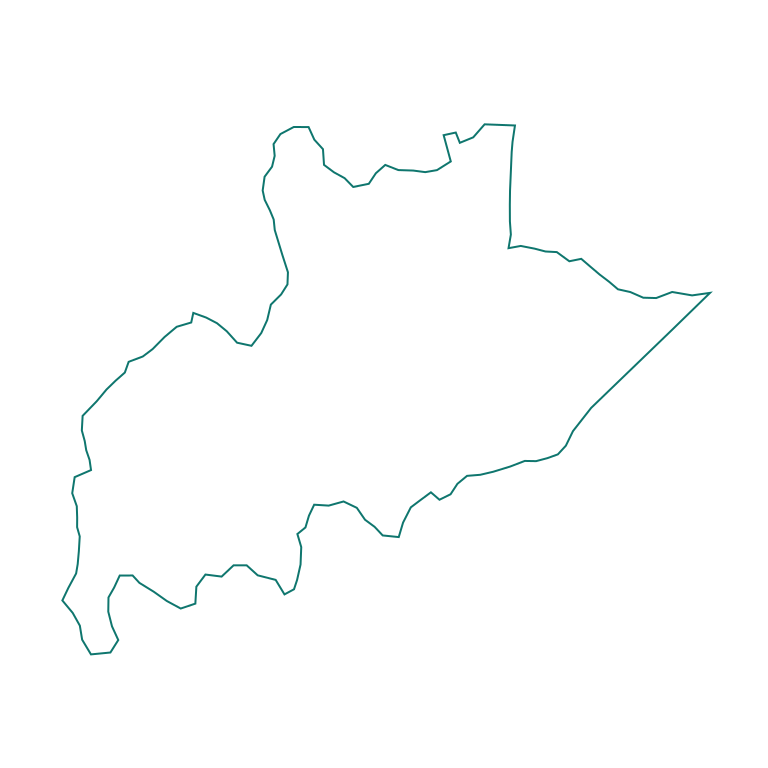 the district of Tanguá, Rio de Janeiro, Brazil, rotated 88°
{"feature_id": "56859067B54555511090464", "entity_name": "Tanguá", "entity_type": "district", "adm_level": 2, "iso_a3": "BRA", "parent_name": "Brazil", "parent_adm1": "Rio de Janeiro", "projection": "robinson", "projection_center": [-42.724, -22.773], "detail": "fine", "context": "isolated", "style": "outline", "palette": "teal", "viewbox_px": 768, "rotation_deg": 88, "n_neighbors": 0, "source": "geoboundaries", "source_scale": "gbopen_adm2", "svg_char_len": 2033}
<svg xmlns="http://www.w3.org/2000/svg" viewBox="0 0 768 768"><g transform="rotate(88 384 384)"><path d="M352.9,638.4L363.5,642.6L371.3,652.1L379.8,661.5L391.2,671.7L405.3,686.3L419.9,687.6L430.5,685.1L439.8,683.9L449.6,680.9L459.8,679.8L466.3,696.4L482.3,699.4L495.4,695.3L506.8,695.3L516.4,695.7L525.7,693.4L540.5,694.8L553.3,696.4L562.6,698.3L576.8,706.6L589.1,713.0L601.9,703.1L614.9,696.4L629.0,694.6L644.0,686.3L642.8,666.8L630.6,658.5L616.7,664.3L601.9,667.5L587.7,666.8L578.0,660.8L566.2,654.8L566.6,641.9L574.2,635.4L583.6,621.3L593.3,608.6L601.3,595.0L596.9,580.2L580.0,578.6L568.2,569.1L570.8,553.0L560.0,540.7L560.4,527.6L570.8,516.9L576.0,499.1L590.8,490.8L586.0,481.1L576.8,477.7L561.5,473.7L544.1,472.4L530.9,475.8L524.6,467.5L513.0,463.6L502.2,458.0L503.6,443.5L500.0,428.5L506.8,415.5L519.0,407.7L526.4,398.4L535.3,390.6L537.5,374.6L523.2,369.8L508.2,361.5L501.2,351.5L493.9,340.9L501.6,332.6L496.5,321.3L486.3,314.1L478.7,304.2L478.1,291.0L475.5,277.9L470.9,260.8L465.8,246.0L466.4,234.7L463.8,223.3L460.4,212.7L452.0,204.4L437.7,196.8L415.1,177.8L339.9,94.2L304.3,55.0L306.2,73.0L302.1,92.8L307.6,109.0L306.8,121.9L300.7,134.6L297.5,146.9L289.9,155.2L282.1,164.7L273.9,173.7L265.8,182.5L267.8,194.5L258.2,206.7L257.2,218.0L254.0,228.7L250.8,242.5L252.6,254.8L239.1,252.0L225.9,252.5L209.5,252.0L195.2,251.3L156.7,248.3L146.5,247.1L130.2,244.1L128.0,274.4L140.6,286.2L145.6,299.8L135.2,303.5L137.4,315.7L163.9,309.5L172.1,323.6L173.7,335.4L171.7,347.4L170.7,362.2L165.1,375.1L173.1,384.8L183.4,392.2L186.0,407.9L176.9,416.2L170.7,426.6L162.9,436.3L147.2,436.8L137.4,445.1L124.6,450.4L124.0,465.2L130.6,478.8L140.4,486.0L152.2,485.3L162.9,488.3L172.7,496.1L186.4,498.5L195.8,496.8L206.4,492.0L215.8,488.5L226.3,487.8L235.7,485.3L251.4,481.1L269.0,476.1L281.1,477.0L290.9,483.7L300.7,494.3L316.0,498.5L328.8,504.9L341.2,515.1L337.6,529.4L325.8,539.3L317.4,548.8L311.4,559.4L306.3,572.1L315.8,574.5L319.6,589.2L329.4,601.7L341.0,614.0L348.1,624.1L352.9,638.4Z" fill="none" stroke="#0f766e" stroke-width="2"/></g></svg>